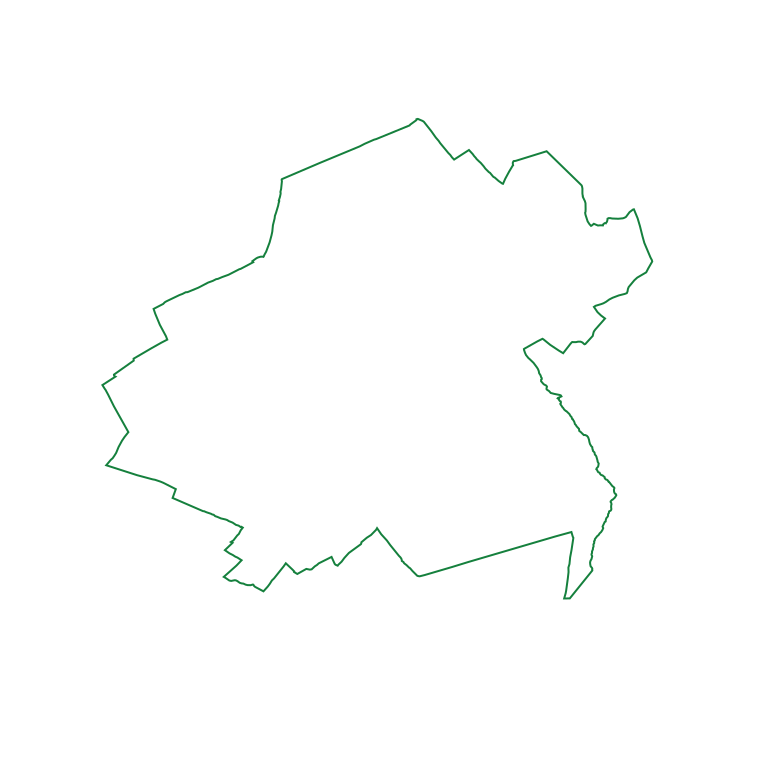 outline of Aroneanu, Iasi, Romania, rotated 167°
{"feature_id": "2599482B41407607343101", "entity_name": "Aroneanu", "entity_type": "district", "adm_level": 2, "iso_a3": "ROU", "parent_name": "Romania", "parent_adm1": "Iasi", "projection": "equal_earth", "projection_center": [27.602, 47.231], "detail": "fine", "context": "isolated", "style": "outline", "palette": "green", "viewbox_px": 768, "rotation_deg": 167, "n_neighbors": 0, "source": "geoboundaries", "source_scale": "gbopen_adm2", "svg_char_len": 6147}
<svg xmlns="http://www.w3.org/2000/svg" viewBox="0 0 768 768"><g transform="rotate(167 384 384)"><path d="M408.1,213.2L407.0,211.4L406.4,209.9L406.3,207.9L406.4,207.5L405.1,206.2L404.7,204.8L402.8,202.5L400.9,199.5L400.0,198.6L398.4,195.5L394.7,189.6L392.9,188.7L392.2,188.6L387.3,188.7L358.5,190.4L341.8,191.6L251.5,196.9L234.7,197.6L234.4,192.7L234.1,191.5L238.7,179.9L241.6,173.3L243.8,166.8L245.6,163.7L246.5,159.2L248.6,153.3L253.0,141.7L254.1,139.2L256.7,134.5L251.2,133.3L223.0,155.4L223.0,156.2L222.6,156.9L222.7,158.0L223.7,160.0L223.6,162.2L223.3,163.9L222.5,165.4L221.3,166.6L219.9,169.3L219.9,169.7L220.2,170.6L220.1,171.5L219.3,172.6L219.0,174.0L217.6,176.0L217.3,177.2L216.4,178.5L216.0,180.7L215.4,181.2L214.9,181.9L214.7,183.5L213.9,184.0L213.4,185.4L212.8,185.9L210.5,187.8L209.0,188.5L207.4,190.0L205.8,190.9L204.2,192.4L202.8,194.3L203.1,195.6L203.1,195.9L200.0,199.9L199.1,200.1L198.9,200.3L198.6,201.4L197.6,203.2L195.7,204.6L195.4,205.1L194.9,206.8L194.0,207.6L193.5,208.9L193.2,209.3L191.7,209.6L191.0,210.2L190.6,211.0L190.4,213.0L189.8,215.0L189.4,215.6L189.3,216.8L189.7,217.9L189.6,218.6L188.1,219.7L187.2,219.9L184.7,221.3L182.7,223.3L182.7,224.3L183.7,225.4L184.0,226.6L184.0,227.9L183.7,229.4L182.9,230.8L183.3,231.8L184.5,233.2L186.6,237.7L187.0,237.9L187.2,238.3L187.1,238.6L187.6,239.3L187.8,240.0L188.3,240.5L189.3,241.1L190.1,242.4L189.9,243.5L191.6,245.8L192.8,246.4L193.6,247.6L193.9,249.1L195.0,249.8L195.3,250.4L195.8,252.4L196.3,253.2L195.7,254.1L194.2,255.1L193.7,255.8L192.7,258.2L193.3,260.2L193.2,261.2L193.4,265.7L193.7,266.7L194.4,267.8L194.3,269.9L195.5,271.9L195.3,272.6L195.5,273.7L195.3,275.7L196.0,276.7L196.8,279.2L196.9,281.5L196.8,283.7L197.1,286.2L197.9,287.8L198.6,288.4L199.6,289.1L200.8,289.3L203.4,293.4L204.1,294.0L204.3,294.5L204.1,296.4L205.9,299.5L206.1,300.5L207.0,302.1L207.0,303.0L207.2,304.8L207.8,306.3L207.8,307.0L208.5,307.5L208.7,309.6L209.5,310.9L210.1,313.0L212.4,316.5L212.9,316.8L214.2,318.6L214.8,320.4L215.4,321.1L215.4,321.5L216.5,324.2L216.7,325.0L215.9,325.7L215.7,327.2L216.6,328.0L217.0,329.0L217.2,329.6L216.9,330.2L218.0,331.0L217.8,331.2L213.9,332.0L214.2,333.0L215.1,333.7L220.4,336.1L223.6,337.8L224.7,339.9L226.5,341.8L226.8,342.5L226.6,343.3L225.8,344.8L226.3,346.0L228.1,347.5L228.7,348.3L230.3,351.3L229.9,352.9L229.1,353.4L229.0,354.4L229.4,355.4L229.5,357.2L230.4,359.6L230.3,361.8L230.6,363.8L231.2,365.6L233.5,370.9L236.6,375.7L237.4,376.7L239.1,380.2L239.6,382.7L239.9,385.8L239.8,386.6L239.0,386.9L225.1,391.0L219.4,392.4L218.5,391.5L213.2,384.7L206.0,377.1L202.5,373.7L193.2,381.3L191.4,382.5L190.8,382.5L190.1,382.2L187.4,381.6L185.3,381.6L182.9,381.0L181.3,379.8L180.0,377.9L179.7,377.6L178.8,377.7L169.8,383.9L168.2,387.2L167.4,388.2L165.8,389.6L153.9,398.1L157.1,401.9L159.8,406.0L162.1,411.9L160.3,412.6L154.3,413.0L152.0,413.3L149.2,414.1L145.4,415.7L141.8,416.6L135.2,417.5L129.2,417.6L127.0,417.9L125.9,419.4L124.9,421.8L123.7,423.5L116.7,428.8L113.3,430.7L103.4,433.8L100.5,437.2L95.1,443.0L95.1,444.4L95.9,447.4L98.6,462.9L98.9,469.6L99.1,480.2L99.6,488.4L101.2,498.0L102.1,498.0L106.1,496.2L110.6,492.4L112.2,491.9L114.0,491.7L118.5,492.3L124.4,493.9L126.2,494.7L127.8,495.1L129.0,494.8L129.4,493.6L130.0,492.4L130.7,491.5L131.5,491.1L131.7,490.7L132.6,491.1L133.7,490.7L134.7,490.1L135.0,489.3L137.8,490.0L139.9,490.3L143.5,492.9L145.9,491.7L146.7,491.5L147.8,493.4L149.0,496.6L149.6,503.5L149.5,505.6L148.9,506.5L148.2,509.1L147.0,514.8L147.1,516.9L148.2,521.8L147.9,522.3L148.0,523.3L147.8,525.1L146.7,529.8L146.6,532.2L146.9,533.3L173.2,574.2L205.4,571.8L207.6,572.0L208.6,570.9L209.0,569.5L209.0,568.1L209.5,567.8L214.4,562.7L219.7,556.7L223.0,552.3L223.6,552.6L226.7,556.1L229.7,560.3L230.7,561.1L231.1,561.7L233.2,565.9L234.2,566.9L236.8,571.1L237.9,573.7L240.0,577.7L241.3,579.5L243.3,582.6L243.7,583.7L244.9,585.8L245.8,588.0L248.6,592.9L265.2,586.9L266.8,589.6L267.9,592.3L269.3,594.5L275.1,606.1L276.0,608.5L278.1,612.5L281.1,619.8L286.2,630.6L287.3,631.7L291.4,634.7L292.8,634.7L293.1,633.8L300.2,630.8L300.9,630.2L336.5,624.4L338.7,624.3L348.8,622.4L354.2,621.0L396.5,613.9L437.3,606.6L437.6,606.4L437.8,606.0L437.9,604.4L440.4,597.1L441.8,594.3L441.7,593.5L442.0,592.5L443.3,589.7L445.3,586.3L444.9,585.8L446.2,583.5L446.9,581.8L450.7,575.1L452.5,572.3L453.3,570.0L456.5,563.7L458.6,557.5L460.2,554.1L463.6,547.7L469.1,539.4L471.4,536.9L472.5,535.3L472.9,535.0L473.6,535.4L475.7,535.8L478.6,535.6L480.1,535.2L484.6,533.3L484.0,532.1L497.9,528.4L499.1,528.4L511.0,525.4L517.6,524.6L522.2,523.8L524.0,523.9L527.6,523.0L532.5,522.4L543.3,519.6L554.8,517.7L556.6,518.0L560.1,517.1L563.2,516.7L577.5,513.5L579.3,512.9L581.1,511.7L591.6,509.0L591.1,504.0L589.1,492.1L585.7,479.6L585.2,476.0L591.5,474.4L602.4,471.2L622.3,465.0L622.6,463.1L645.0,453.9L645.1,453.0L644.8,452.3L644.0,451.6L658.6,446.3L657.1,441.9L656.7,441.1L655.2,435.7L652.2,423.1L643.9,394.6L648.9,390.6L652.1,387.6L656.8,382.3L660.5,377.1L662.9,374.7L665.1,372.7L667.2,371.6L672.9,367.3L645.1,350.7L631.0,343.2L628.7,342.2L623.8,339.2L621.3,337.4L610.5,328.4L615.6,320.5L588.9,300.8L587.9,300.5L585.9,299.0L581.8,296.5L580.7,295.5L579.4,294.9L578.2,293.2L576.4,292.1L573.1,289.7L568.8,287.6L567.1,286.5L566.4,285.6L562.7,283.0L559.9,280.0L557.5,278.7L555.9,276.9L555.1,277.0L553.9,275.8L556.5,273.7L559.2,270.5L561.0,269.5L565.9,265.5L568.7,264.5L567.3,263.3L576.4,257.9L572.6,253.7L569.8,251.4L567.7,249.2L565.9,247.9L562.4,244.3L568.7,240.2L583.5,232.1L582.1,230.8L578.9,227.3L577.2,226.5L573.7,226.4L572.5,226.0L570.9,224.7L570.6,224.2L569.2,222.7L567.7,221.8L565.8,221.1L564.1,219.7L562.1,218.7L559.3,218.0L556.8,218.1L556.4,217.7L556.0,216.4L555.2,215.3L548.1,209.1L542.8,212.8L540.2,215.0L537.4,217.8L534.9,219.3L522.9,228.8L520.0,231.4L514.7,223.4L513.7,221.7L514.0,221.4L514.0,221.1L511.2,218.4L501.3,221.3L498.0,219.8L496.2,219.7L492.4,221.9L489.9,222.8L488.0,223.9L474.0,227.3L472.5,219.8L471.9,218.8L470.0,217.4L469.1,218.2L465.3,220.4L461.8,223.4L456.2,227.3L442.6,233.1L442.2,233.5L441.6,234.9L435.3,238.1L430.6,239.8L424.5,243.7L423.2,245.1L420.5,238.2L416.4,230.9L414.2,225.7L408.1,213.2Z" fill="none" stroke="#15803d" stroke-width="2"/></g></svg>